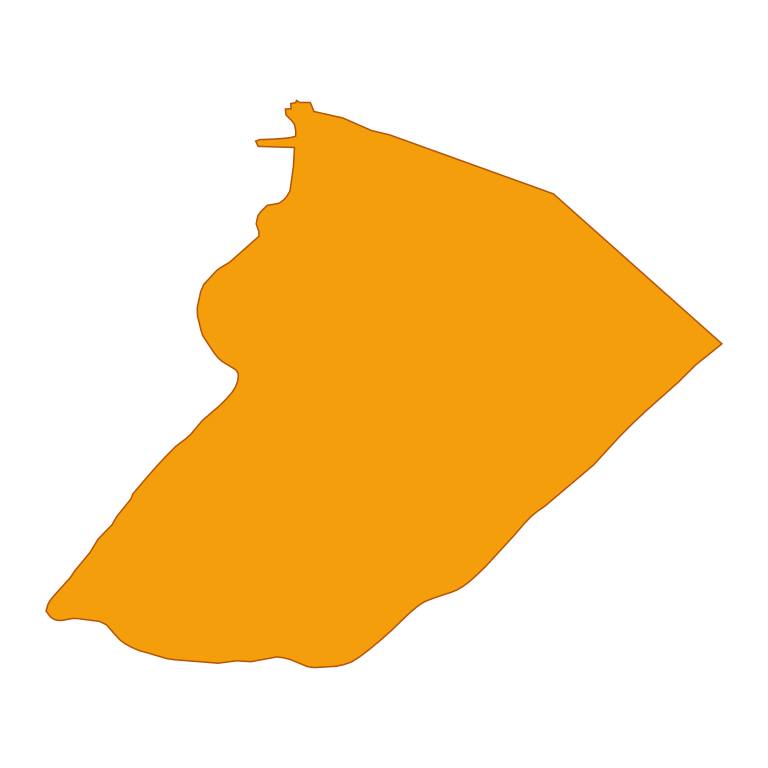 the district of Ngermasech, Palau
{"feature_id": "81905179B83677896294556", "entity_name": "Ngermasech", "entity_type": "district", "adm_level": 2, "iso_a3": "PLW", "parent_name": "Palau", "parent_adm1": "", "projection": "albers", "projection_center": [134.129, 6.897], "detail": "fine", "context": "isolated", "style": "filled", "palette": "amber", "viewbox_px": 768, "rotation_deg": 0, "n_neighbors": 0, "source": "geoboundaries", "source_scale": "gbopen_adm2", "svg_char_len": 1689}
<svg xmlns="http://www.w3.org/2000/svg" viewBox="0 0 768 768"><path d="M296.5,100.4L295.8,102.6L290.7,103.6L291.2,108.8L285.4,109.0L286.0,114.9L292.5,121.5L294.7,125.0L295.8,131.9L295.6,136.3L290.3,137.6L285.6,138.2L273.4,139.1L259.9,139.6L255.7,141.1L258.1,146.4L294.5,147.5L293.4,166.5L290.0,191.0L286.2,197.3L282.7,200.6L279.2,203.2L267.2,205.4L260.8,211.6L257.9,215.6L256.2,223.9L258.8,231.4L259.0,236.2L229.8,262.1L220.0,268.0L216.5,270.7L203.7,284.5L200.6,292.0L197.2,307.8L197.5,315.9L201.0,330.2L202.8,335.7L211.8,349.5L215.2,354.4L218.5,358.3L222.4,361.6L235.8,369.8L238.2,373.5L238.2,377.5L237.3,382.3L235.3,387.3L232.0,392.4L226.7,398.5L220.0,405.3L202.3,420.5L191.0,434.1L185.5,439.0L175.7,446.4L166.6,455.6L156.5,466.4L145.4,479.1L132.9,493.9L130.9,499.0L116.7,516.6L112.1,524.7L98.2,539.0L90.0,552.4L74.7,571.0L70.2,577.7L54.8,594.8L49.9,600.7L47.7,604.9L46.1,611.2L50.5,617.0L54.6,619.6L58.8,620.5L62.8,620.3L72.2,618.5L76.9,618.5L99.5,621.4L106.6,624.9L115.7,635.4L120.3,640.2L125.4,644.0L131.6,647.3L139.2,650.6L145.4,652.3L166.8,658.6L174.1,659.7L218.2,663.2L236.4,660.8L250.8,661.7L276.9,656.9L283.7,657.8L290.2,659.5L307.4,666.6L314.1,667.6L336.0,666.3L344.0,664.6L351.7,661.9L360.1,656.5L369.4,649.4L380.7,640.0L391.6,630.3L409.1,613.4L416.9,606.8L421.3,603.7L425.3,601.3L435.9,597.3L452.3,591.9L457.4,589.7L462.7,586.6L468.7,582.2L477.1,574.7L485.3,566.8L514.3,535.2L524.7,523.1L531.3,516.3L537.7,511.1L544.8,506.2L593.6,464.9L619.9,436.2L632.3,423.8L645.0,411.8L678.4,382.1L695.6,365.0L721.9,343.8L553.6,194.0L544.3,190.6L390.0,135.0L371.4,130.5L342.9,118.0L314.0,111.5L310.3,102.5L299.8,102.5L296.5,100.4Z" fill="#f59e0b" stroke="#b45309" stroke-width="1.5"/></svg>